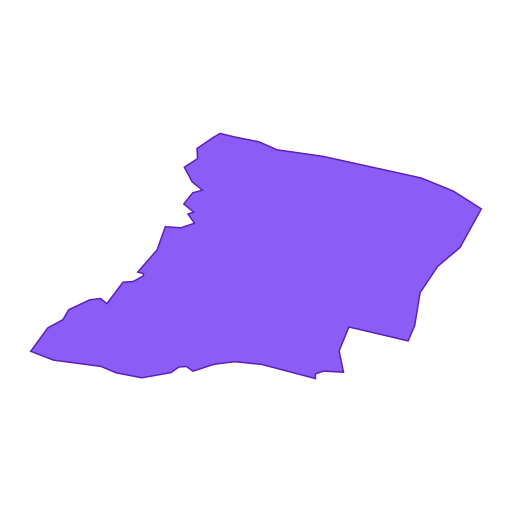 the district of Ongar Lea-5, Fingal, Ireland
{"feature_id": "5873133B74097350408695", "entity_name": "Ongar Lea-5", "entity_type": "district", "adm_level": 2, "iso_a3": "IRL", "parent_name": "Ireland", "parent_adm1": "Fingal", "projection": "equal_earth", "projection_center": [-6.436, 53.396], "detail": "fine", "context": "isolated", "style": "filled", "palette": "violet", "viewbox_px": 512, "rotation_deg": 0, "n_neighbors": 0, "source": "geoboundaries", "source_scale": "gbopen_adm2", "svg_char_len": 809}
<svg xmlns="http://www.w3.org/2000/svg" viewBox="0 0 512 512"><path d="M47.8,327.9L30.7,351.3L53.4,360.1L100.9,366.4L116.1,372.8L141.7,377.8L170.9,372.6L178.9,367.0L186.5,366.5L192.9,371.2L214.3,364.2L234.8,361.7L261.6,364.4L315.5,378.6L315.4,373.9L323.5,371.1L343.5,372.2L339.1,350.9L348.9,327.0L408.1,340.9L414.7,325.5L420.1,292.6L437.8,266.2L460.0,247.5L481.3,208.9L453.3,191.1L421.2,178.0L323.1,156.4L277.0,149.8L259.1,141.9L233.8,136.8L220.2,133.4L213.3,137.4L197.0,148.5L197.6,158.6L184.3,167.2L192.2,181.9L202.4,190.2L192.7,192.8L183.8,204.0L193.7,212.2L187.9,214.0L194.5,223.2L180.9,227.8L165.3,226.7L157.2,249.7L137.8,272.1L143.6,273.7L143.2,276.0L133.1,281.5L123.0,282.2L106.8,303.7L100.6,298.5L89.9,299.8L68.7,309.7L63.0,319.6L47.8,327.9Z" fill="#8b5cf6" stroke="#5b21b6" stroke-width="1.5"/></svg>